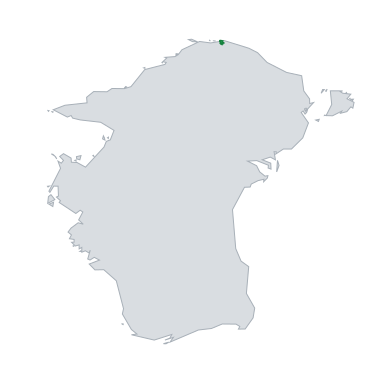 Tweed, New South Wales, Australia (highlighted), rotated 276°
{"feature_id": "25037944B14398404968325", "entity_name": "Tweed", "entity_type": "district", "adm_level": 2, "iso_a3": "AUS", "parent_name": "Australia", "parent_adm1": "New South Wales", "projection": "natural_earth1", "projection_center": [153.453, -28.35], "detail": "fine", "context": "in_parent", "style": "filled", "palette": "green", "viewbox_px": 384, "rotation_deg": 276, "n_neighbors": 0, "source": "geoboundaries", "source_scale": "gbopen_adm2", "svg_char_len": 4831}
<svg xmlns="http://www.w3.org/2000/svg" viewBox="0 0 384 384"><g transform="rotate(276 192 192)"><path d="M265.0,56.6L269.7,78.3L275.2,77.3L281.6,83.7L282.8,97.0L286.6,101.6L287.7,113.9L290.4,120.3L308.8,132.2L316.1,151.8L318.2,152.8L318.5,149.3L322.5,152.8L323.1,151.1L324.9,161.0L327.2,164.0L332.4,167.1L342.5,183.8L342.2,195.0L345.9,208.5L340.9,233.6L337.4,242.7L328.7,253.1L320.8,273.6L319.1,288.9L304.2,292.6L296.9,299.2L292.3,299.8L293.7,303.6L286.3,298.1L287.3,296.8L286.8,295.4L285.5,295.4L283.1,297.7L281.3,296.3L284.2,294.0L282.5,292.3L272.9,300.6L257.4,296.5L245.1,286.4L244.3,278.4L238.5,271.3L240.8,271.6L240.7,269.4L232.7,271.6L234.9,266.2L231.4,258.5L228.9,267.3L223.0,268.2L223.8,265.2L226.6,265.2L230.0,253.1L228.5,244.0L224.9,253.5L219.1,257.2L215.4,262.9L216.2,265.8L213.8,265.5L209.7,262.2L212.2,262.2L210.2,256.5L206.1,250.1L203.0,249.3L202.2,243.7L178.7,234.1L140.3,241.4L128.4,248.0L123.7,256.2L96.8,256.7L83.1,266.5L73.2,265.9L61.3,259.2L60.5,252.5L63.3,253.6L65.2,249.6L63.9,235.9L58.3,225.6L55.4,212.7L40.4,185.8L45.5,188.7L41.9,180.5L44.4,185.3L48.2,186.8L40.8,169.9L43.7,146.7L45.0,152.1L48.9,146.1L63.4,135.5L68.8,136.1L95.8,126.0L105.5,112.4L104.4,103.6L109.6,97.3L114.6,107.1L116.8,101.6L113.7,97.7L114.5,95.3L123.5,96.9L120.6,96.0L122.4,92.1L120.6,88.7L125.4,88.2L123.6,85.7L127.6,85.3L126.1,81.6L129.4,77.5L129.8,80.0L132.5,79.7L132.7,75.0L136.7,76.6L139.2,72.9L143.5,75.5L149.5,82.0L148.6,87.2L152.4,82.2L160.7,85.5L162.2,82.7L158.5,78.7L167.7,61.0L169.6,62.1L172.8,57.7L174.0,59.6L183.8,58.2L183.4,53.9L176.8,50.7L177.8,49.6L201.8,58.8L208.7,55.5L207.0,59.0L210.0,60.9L213.5,56.7L216.7,60.2L213.1,68.2L209.0,68.9L209.3,74.6L205.6,83.5L227.5,99.8L233.4,101.5L235.3,105.3L245.1,108.0L251.8,93.9L252.0,73.3L253.0,65.6L255.4,63.8L253.5,60.2L259.3,45.4L265.0,56.6ZM282.0,317.4L293.6,321.8L307.1,319.0L308.3,331.2L307.3,329.0L306.0,331.6L305.9,339.7L300.9,336.4L298.1,343.8L292.2,343.2L293.3,341.1L288.1,337.6L285.8,331.4L288.1,332.5L282.5,323.8L282.0,317.4ZM165.6,49.7L172.4,49.7L174.6,52.0L170.1,56.4L165.6,49.7ZM220.8,274.1L232.4,273.7L227.5,275.8L220.8,274.1ZM215.1,73.4L216.6,77.8L212.3,77.1L212.9,73.9L215.1,73.4ZM341.9,181.9L341.6,176.8L343.2,172.6L343.9,175.6L341.9,181.9ZM303.7,310.1L307.6,311.2L307.7,312.9L303.7,310.1ZM164.9,51.1L167.4,55.4L163.0,55.1L164.9,51.1ZM277.6,310.9L275.4,310.4L276.5,307.5L277.6,310.9ZM238.6,98.0L236.6,99.3L234.5,100.0L235.5,97.5L238.6,98.0ZM40.3,184.6L38.4,182.2L38.1,179.9L38.3,179.8L40.3,184.6ZM306.9,314.5L308.4,315.7L305.6,314.7L306.9,314.5ZM326.3,161.7L327.9,161.7L327.9,163.9L326.3,161.7ZM288.2,113.7L290.0,115.1L289.7,115.8L288.2,113.7ZM300.9,340.8L301.2,342.8L299.7,342.1L300.9,340.8ZM344.6,196.9L344.7,199.7L344.6,196.9ZM183.0,49.5L181.9,48.3L182.6,47.7L183.0,49.5ZM214.9,49.8L213.3,52.0L215.2,48.1L214.9,49.8ZM344.8,193.6L344.0,194.5L344.6,193.5L344.8,193.6ZM218.2,90.2L217.2,90.7L217.7,89.6L218.2,90.2ZM211.7,73.3L210.6,73.5L211.2,72.1L211.7,73.3ZM53.7,135.7L53.5,137.5L52.9,137.3L53.7,135.7ZM257.3,44.3L257.2,45.9L256.7,44.8L257.3,44.3ZM285.5,296.1L285.8,297.0L285.4,296.7L285.5,296.1ZM212.9,52.6L210.7,54.1L212.9,52.2L212.9,52.6ZM126.2,79.5L125.4,80.5L125.9,79.3L126.2,79.5ZM301.7,339.3L301.0,339.7L301.4,339.0L301.7,339.3ZM237.8,103.2L236.5,103.2L237.1,102.3L237.8,103.2ZM121.9,87.5L121.3,88.1L121.2,86.7L121.9,87.5ZM307.1,335.2L306.1,335.7L306.4,334.6L307.1,335.2ZM258.0,40.2L257.9,41.3L257.2,40.8L258.0,40.2ZM285.0,297.4L286.0,298.3L284.4,298.0L285.0,297.4ZM310.9,132.1L310.1,132.2L310.4,131.0L310.9,132.1ZM317.8,149.1L317.4,149.1L317.7,148.2L317.8,149.1ZM282.4,315.9L282.2,316.6L281.9,315.7L282.4,315.9Z" fill="#d9dde1" stroke="#a8b0b8" stroke-width="1"/><path d="M345.5,206.7L345.5,206.1L345.6,205.9L345.6,205.7L345.6,205.4L345.6,205.2L345.7,204.8L345.7,204.7L345.6,204.4L345.6,204.2L345.5,203.9L345.4,203.9L345.5,204.1L345.5,204.3L345.5,204.5L345.4,204.5L345.4,204.4L345.4,204.5L345.5,204.5L345.4,204.5L345.4,204.4L345.4,204.5L345.4,204.4L345.5,204.4L345.5,204.2L345.4,204.1L345.2,204.1L345.1,204.3L345.0,204.2L345.3,204.1L345.4,203.9L345.4,204.0L345.4,203.9L345.5,203.9L345.4,203.9L345.0,203.8L344.9,203.8L344.7,204.0L344.4,204.2L344.3,204.3L344.2,204.4L344.2,204.5L343.9,204.6L343.7,204.5L343.4,204.5L343.2,204.6L342.9,204.7L342.7,204.6L342.6,204.8L342.5,205.0L342.4,205.1L342.2,205.2L342.2,205.3L342.3,205.3L342.2,205.4L342.2,205.5L342.1,205.8L342.2,206.0L342.3,206.0L342.2,206.1L342.3,206.1L342.2,206.2L342.2,206.3L342.3,206.3L342.3,206.5L342.5,206.7L342.5,206.8L342.4,206.9L342.4,207.0L342.5,207.0L342.8,207.1L343.0,207.0L343.3,207.1L343.5,207.2L343.5,207.3L343.6,207.2L343.6,207.3L343.7,207.2L343.7,207.3L343.7,207.2L343.8,207.3L343.8,207.2L343.8,207.3L343.8,207.2L344.0,207.0L344.1,206.9L344.1,206.7L344.3,206.7L344.5,206.6L344.8,206.7L345.0,206.6L345.3,206.6L345.5,206.7Z" fill="#22c55e" stroke="#15803d" stroke-width="1.5"/></g></svg>